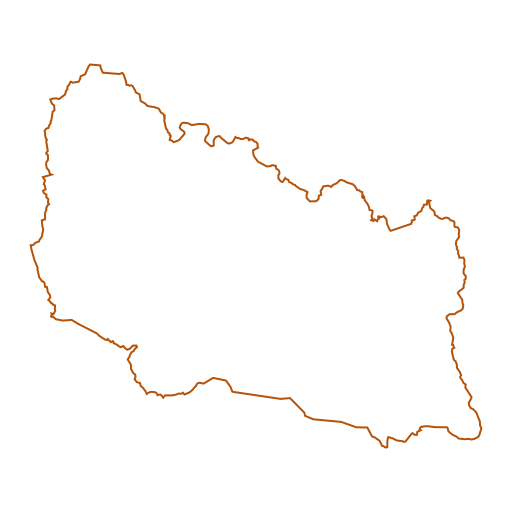 outline of Kong Chro, Gia Lai, Vietnam
{"feature_id": "81297802B76302638024773", "entity_name": "Kong Chro", "entity_type": "district", "adm_level": 2, "iso_a3": "VNM", "parent_name": "Vietnam", "parent_adm1": "Gia Lai", "projection": "albers", "projection_center": [108.588, 13.762], "detail": "fine", "context": "isolated", "style": "outline", "palette": "amber", "viewbox_px": 512, "rotation_deg": 0, "n_neighbors": 0, "source": "geoboundaries", "source_scale": "gbopen_adm2", "svg_char_len": 5984}
<svg xmlns="http://www.w3.org/2000/svg" viewBox="0 0 512 512"><path d="M90.0,64.5L88.5,66.6L85.1,74.3L80.7,76.2L80.1,78.8L78.7,81.7L72.7,82.7L71.0,81.7L70.2,82.2L69.1,84.8L67.5,86.4L67.4,89.0L65.9,91.3L65.1,94.5L58.9,99.1L56.5,98.4L54.5,98.5L52.1,98.7L50.3,99.5L51.9,103.6L54.1,105.4L54.5,110.3L52.7,111.6L51.4,120.2L50.6,121.5L50.8,123.0L48.9,125.9L48.5,128.0L46.1,128.7L44.6,130.9L45.2,133.4L45.0,135.0L46.1,138.8L46.9,139.7L46.2,141.2L47.8,150.9L46.2,153.1L46.4,153.9L47.9,155.1L48.0,158.9L47.8,160.3L46.4,161.9L46.1,164.8L46.8,168.1L48.9,170.5L49.9,173.9L51.6,174.6L42.9,177.1L45.0,180.4L43.8,184.2L44.8,185.5L45.6,189.4L43.0,190.8L43.8,192.9L46.5,194.8L46.3,197.3L48.3,199.0L48.0,203.0L49.1,204.1L47.3,205.7L46.2,208.1L46.4,210.0L45.4,211.9L45.0,214.4L45.1,219.3L41.8,220.3L42.3,225.8L43.2,229.6L41.8,236.7L39.5,239.9L38.9,241.5L35.6,242.7L33.0,245.1L30.7,245.2L31.5,249.6L34.5,260.3L37.6,267.6L37.5,269.5L39.1,277.1L42.1,281.3L43.6,281.7L44.5,283.0L45.1,286.8L46.9,287.0L47.8,292.0L49.9,295.1L50.4,297.4L48.3,300.0L50.0,301.4L51.2,303.3L52.3,303.5L53.2,304.8L55.1,305.4L54.8,309.1L55.3,310.7L53.4,314.3L51.5,313.5L51.8,314.8L51.0,316.2L51.5,316.9L53.5,317.1L55.8,319.2L62.9,320.6L71.6,319.9L78.8,324.2L97.0,333.5L99.1,335.7L104.9,339.5L107.3,340.0L107.8,339.1L110.9,342.2L112.8,341.1L113.5,342.0L113.6,343.1L117.3,344.9L118.9,346.3L120.9,347.2L123.3,346.0L125.6,348.6L127.3,349.7L129.9,348.7L132.9,345.6L136.1,345.6L136.1,344.8L137.0,347.1L134.9,348.8L133.8,350.9L131.4,352.3L129.6,355.8L129.5,357.1L128.1,358.6L127.8,359.6L130.9,364.7L131.0,368.9L133.2,373.0L135.3,374.7L135.5,376.8L134.6,379.3L136.8,382.1L140.1,383.1L140.6,385.8L142.9,387.8L145.5,391.2L146.8,393.9L149.3,392.3L151.9,391.8L155.3,392.3L156.6,393.1L157.5,395.2L159.6,394.5L161.2,395.0L163.2,397.7L165.0,395.4L171.8,395.4L176.1,394.6L178.4,393.6L181.5,393.7L182.9,392.7L184.5,394.5L189.7,392.3L192.7,389.7L194.7,387.0L195.9,386.2L196.6,384.4L197.8,383.3L199.2,382.7L203.6,383.6L213.1,377.9L225.9,380.5L230.4,386.7L232.3,391.6L233.2,391.9L280.6,398.9L290.0,398.1L304.3,412.6L305.1,415.8L313.3,419.3L341.1,421.9L356.4,427.3L367.3,427.5L372.1,436.5L374.4,437.2L379.6,440.8L382.2,446.0L383.7,446.2L385.4,447.5L387.2,447.2L387.5,439.6L388.3,437.1L392.5,438.3L396.9,440.5L402.6,441.2L404.0,441.9L405.4,441.6L411.7,433.6L412.6,433.2L414.6,434.8L416.9,434.9L417.3,431.9L420.8,430.2L419.6,429.4L419.9,428.1L421.3,426.7L422.2,426.9L423.7,426.4L427.5,426.2L434.9,427.1L446.9,427.3L447.5,427.7L448.5,431.4L452.3,434.6L456.8,436.8L458.5,438.5L464.6,439.2L468.9,438.9L471.4,439.5L474.3,438.9L478.1,437.0L479.3,435.1L481.3,428.7L481.1,427.4L480.1,425.7L479.8,421.2L476.2,412.4L473.4,409.4L470.7,408.1L469.0,405.0L468.8,402.7L471.2,398.5L471.5,397.0L465.3,387.5L465.7,384.5L463.4,382.9L462.3,380.4L460.4,377.9L460.2,376.8L461.2,375.1L459.4,371.3L456.9,367.8L457.0,365.0L455.6,361.3L454.4,360.4L453.7,359.3L451.9,351.8L452.3,348.8L454.3,347.8L453.5,346.6L453.2,344.9L452.1,344.7L453.3,337.8L451.8,333.4L450.3,330.9L450.6,326.5L448.9,322.2L446.4,318.1L446.8,316.3L449.6,314.2L454.5,314.2L456.7,312.4L461.5,310.1L462.8,308.4L463.3,305.2L462.5,303.1L462.2,299.8L457.8,293.0L458.9,291.5L463.5,288.0L463.8,284.4L464.7,282.5L464.3,280.0L465.8,278.6L465.7,275.9L464.0,274.1L463.5,272.4L463.7,269.6L464.9,266.4L464.2,263.4L464.5,260.3L464.1,258.9L463.4,257.6L459.3,257.7L458.8,254.9L458.1,253.8L458.2,251.0L456.8,248.9L456.9,247.0L455.9,244.5L456.2,241.2L459.1,237.1L458.7,233.7L459.2,231.9L459.0,229.3L457.7,227.4L455.0,226.9L454.4,226.2L454.4,222.2L453.8,221.3L450.4,220.2L448.7,218.3L446.9,217.7L445.2,217.7L442.7,218.9L441.2,218.8L438.7,217.7L437.7,216.5L434.9,215.0L434.3,211.4L430.7,208.5L430.2,207.7L429.1,202.8L429.2,201.7L430.2,200.8L428.1,200.3L427.3,200.7L426.9,204.5L423.9,204.7L423.4,206.8L422.2,208.0L421.3,211.0L418.3,212.5L416.7,215.4L414.3,216.3L414.8,219.4L413.8,220.2L411.8,220.4L411.8,222.4L411.1,223.9L390.7,230.8L389.9,230.3L387.1,224.1L386.4,219.2L383.7,216.2L381.0,217.2L378.4,216.3L378.1,217.0L379.0,218.6L377.8,219.3L377.1,221.2L374.4,219.4L373.5,221.0L371.1,220.2L372.4,218.3L371.5,216.1L372.4,213.5L372.5,210.6L369.5,209.9L369.1,207.4L367.7,204.2L364.5,199.9L364.3,197.8L362.8,197.9L362.1,197.1L362.1,196.2L363.5,195.9L362.3,194.2L362.3,192.1L360.0,191.3L359.3,190.3L357.2,190.1L354.8,186.0L352.6,184.2L346.4,182.3L344.6,181.0L341.6,180.0L340.1,180.1L336.5,183.4L333.0,184.9L331.1,187.0L329.2,185.9L327.6,185.7L323.3,186.4L322.1,189.0L320.6,190.8L321.2,194.8L318.8,195.7L318.5,199.1L316.2,201.2L309.9,201.4L306.7,198.0L306.5,194.9L307.5,192.1L303.9,190.1L300.2,189.0L296.0,186.2L295.0,184.9L293.3,184.5L291.4,182.9L289.3,182.2L288.2,179.7L286.2,179.1L285.2,178.0L282.8,181.8L281.7,181.9L280.2,180.7L278.4,178.4L278.3,175.4L279.5,173.5L279.2,171.3L278.5,170.0L276.3,168.7L275.8,167.2L275.9,165.9L272.2,165.1L270.3,166.2L266.8,166.4L258.0,161.7L254.6,157.2L253.3,154.3L253.0,150.4L258.1,147.7L257.6,146.5L257.6,143.9L256.3,142.2L254.0,141.2L252.7,139.6L250.3,139.5L249.1,140.3L248.6,139.9L248.8,138.9L248.0,138.1L245.6,137.7L243.5,138.9L240.7,139.1L239.1,138.2L236.7,137.9L235.4,137.0L233.1,141.4L231.8,142.6L229.0,143.6L227.3,143.0L220.8,137.6L220.0,136.4L218.5,136.1L215.5,137.3L213.7,140.2L213.7,145.4L212.7,146.1L210.6,146.0L205.4,141.4L204.9,140.2L205.8,137.1L208.1,134.2L208.6,132.8L208.8,129.5L207.9,126.3L207.1,125.3L205.3,124.2L199.2,123.9L191.8,125.1L187.9,123.2L183.7,122.7L182.2,123.1L180.8,124.5L179.7,127.6L180.7,129.2L184.2,131.8L184.6,132.8L184.4,134.0L179.1,140.1L173.8,142.2L171.7,140.5L169.7,140.0L170.2,137.3L170.8,136.3L170.5,135.3L169.6,134.9L169.6,133.5L168.1,132.5L167.2,129.7L166.1,128.7L164.2,120.2L164.7,118.6L164.4,118.2L164.6,117.4L164.1,116.9L164.8,115.5L163.9,115.1L163.0,113.7L161.0,112.6L158.7,108.6L155.0,107.3L147.5,106.0L145.0,103.4L140.7,101.1L139.6,94.4L135.7,92.3L135.2,90.5L132.7,86.2L131.2,85.2L129.3,85.7L128.3,85.0L126.6,84.9L125.8,80.8L123.6,74.5L122.3,72.9L119.5,74.0L102.8,72.7L100.8,68.2L100.3,65.4L90.0,64.5Z" fill="none" stroke="#b45309" stroke-width="2"/></svg>